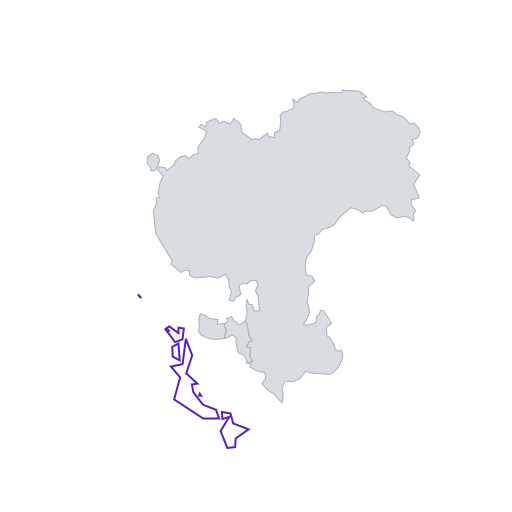 Japan highlighted, orthographic projection, rotated 110°
{"feature_id": "JPN", "entity_name": "Japan", "entity_type": "country or territory", "adm_level": 0, "iso_a3": "JPN", "parent_name": "Asia", "parent_adm1": "", "projection": "orthographic", "projection_center": [135.292, 34.888], "detail": "coarse", "context": "with_neighbors", "style": "outline", "palette": "violet", "viewbox_px": 512, "rotation_deg": 110, "n_neighbors": 3, "source": "natural_earth", "source_scale": "50m", "svg_char_len": 4070}
<svg xmlns="http://www.w3.org/2000/svg" viewBox="0 0 512 512"><g transform="rotate(110 256 256)"><path d="M355.9,222.8L360.1,228.9L357.9,228.4L353.3,233.4L353.1,239.1L346.4,244.1L339.5,247.0L338.3,251.2L343.8,256.3L342.7,258.1L335.7,258.5L333.0,261.8L329.9,262.0L327.0,260.2L324.3,262.1L324.2,260.6L321.2,258.3L324.8,254.3L324.4,252.8L326.4,248.7L326.2,247.4L320.2,243.8L325.6,239.3L332.6,235.8L337.1,230.6L339.6,233.3L344.7,233.9L344.1,229.8L353.3,227.0L355.9,222.8Z" fill="#d9dde1" stroke="#a8b0b8" stroke-width="1"/><path d="M329.9,262.0L333.0,261.8L335.7,258.5L342.7,258.1L343.8,256.3L348.4,265.9L349.6,271.1L349.2,280.1L346.5,284.3L340.6,285.4L335.2,288.3L329.4,288.5L329.0,284.1L330.7,278.4L328.7,270.0L333.5,269.0L329.9,262.0Z" fill="#d9dde1" stroke="#a8b0b8" stroke-width="1"/><path d="M199.9,392.0L194.7,388.2L195.5,381.8L199.3,379.3L206.9,379.2L210.8,380.4L211.8,383.7L208.4,386.2L206.2,390.0L199.9,392.0ZM113.4,147.2L115.6,143.3L119.0,143.4L123.9,129.9L134.8,132.3L145.3,122.5L150.5,129.4L154.4,127.7L159.0,121.4L162.2,122.6L167.8,120.0L169.5,120.3L167.4,125.4L168.1,130.7L171.8,136.3L171.1,143.2L165.0,150.3L164.7,154.1L173.8,161.7L176.6,168.6L178.9,170.6L177.6,178.1L178.2,183.5L192.2,191.3L198.9,192.8L203.2,195.8L208.7,202.9L214.7,205.0L216.2,208.0L223.5,206.0L232.6,205.9L240.5,207.9L247.4,206.9L256.7,202.3L255.8,196.3L259.9,192.1L267.4,196.3L273.7,193.5L282.3,192.2L287.3,187.9L291.4,186.5L299.1,186.8L303.0,188.3L304.2,185.7L300.6,179.7L297.1,176.6L292.6,178.6L288.0,176.5L284.9,176.9L284.4,173.6L293.6,161.7L298.8,165.6L306.7,162.1L307.4,158.8L313.4,151.6L316.5,149.6L317.3,145.5L315.2,143.4L319.8,140.3L325.7,139.8L331.8,140.3L338.4,143.3L342.1,146.4L346.6,162.4L347.6,169.9L356.2,172.9L361.9,178.7L363.6,185.9L371.6,186.2L376.3,183.3L384.9,181.2L382.1,188.0L380.0,190.8L378.0,199.2L374.1,206.7L367.5,205.1L362.6,207.7L363.7,214.4L362.5,223.5L359.5,223.6L359.3,227.5L355.9,222.8L353.3,227.0L344.1,229.8L344.7,233.9L339.6,233.3L337.1,230.6L332.6,235.8L325.6,239.3L320.2,243.8L311.7,245.1L306.8,248.1L300.1,249.4L303.8,246.2L303.0,243.0L308.4,238.5L306.0,234.0L293.0,240.4L288.6,244.8L282.8,244.1L279.1,247.2L281.2,253.0L285.8,255.1L285.4,258.6L289.8,261.7L297.4,257.1L302.3,260.9L306.2,261.7L306.7,265.9L297.7,266.9L294.2,270.6L287.6,273.6L283.6,278.5L289.6,283.9L291.0,291.9L297.6,306.2L296.8,312.0L292.4,313.5L293.4,317.9L297.1,320.8L292.9,333.0L289.1,333.1L269.0,358.1L248.3,368.1L240.5,367.3L235.9,369.8L233.9,366.8L229.5,369.7L219.5,371.2L212.3,370.6L208.8,377.9L205.0,377.3L204.1,371.4L206.2,368.9L197.8,364.1L194.5,364.4L188.3,360.5L185.8,356.5L187.7,352.5L182.1,349.3L179.7,345.5L173.5,347.7L162.4,344.7L155.4,345.2L154.5,354.0L151.2,352.5L151.6,347.5L146.7,347.9L140.6,340.9L143.8,335.5L140.5,332.6L140.8,325.2L134.4,323.8L137.5,315.4L144.5,311.5L148.0,299.8L146.0,297.0L145.5,291.9L142.1,291.0L136.6,287.2L139.5,285.0L138.4,279.3L133.6,280.6L129.9,276.7L122.3,278.3L115.8,281.3L111.4,280.0L109.9,276.8L104.4,271.5L101.1,271.8L96.0,275.2L97.6,269.4L94.2,269.1L84.5,260.0L82.1,254.4L79.3,250.7L79.3,246.3L77.3,243.5L75.1,235.9L72.9,231.2L70.5,231.6L65.8,214.9L68.6,206.6L70.7,209.7L72.7,206.4L73.1,201.7L76.4,196.5L77.0,185.3L73.1,177.5L75.2,171.6L74.8,166.2L75.4,163.8L79.1,157.3L78.2,153.9L76.8,153.6L80.1,146.9L81.9,146.3L82.6,144.4L87.4,144.3L90.4,145.1L93.0,149.1L97.0,146.1L101.6,149.0L104.4,147.4L112.0,148.3L113.4,147.2Z" fill="#d9dde1" stroke="#a8b0b8" stroke-width="1"/><path d="M421.3,235.1L426.8,250.0L418.8,283.9L396.1,285.7L389.0,298.1L382.7,288.0L357.8,293.6L371.2,282.0L390.2,281.4L396.0,267.4L398.6,272.3L405.3,268.4L413.9,255.0L414.2,241.0L421.3,235.1ZM434.3,212.7L442.7,210.3L446.2,217.3L432.6,229.4L416.3,226.1L420.6,231.8L414.2,234.7L412.7,226.1L421.1,220.2L421.5,203.7L434.3,212.7ZM359.4,296.6L364.6,302.5L355.3,316.8L356.1,311.4L354.7,315.5L351.8,313.5L355.0,302.5L349.8,304.3L348.8,299.0L359.4,296.6ZM380.2,292.0L379.0,299.9L369.9,303.6L364.9,298.9L380.2,292.0ZM334.6,349.4L334.2,351.3L332.5,353.9L334.6,349.4ZM406.6,261.7L404.6,261.7L406.1,259.8L406.6,261.7Z" fill="none" stroke="#5b21b6" stroke-width="2"/></g></svg>